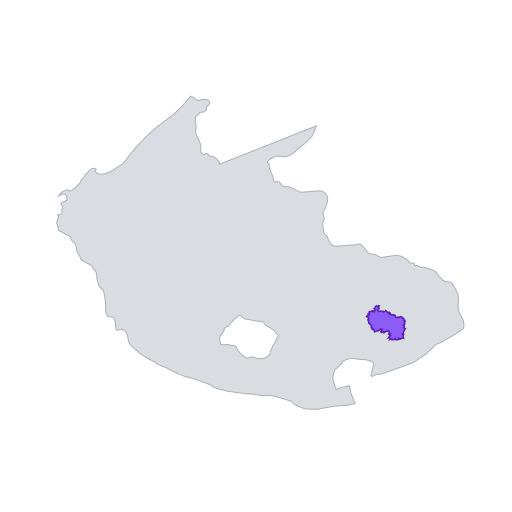 Sekhukhune, Limpopo, South Africa (highlighted), rotated 70°
{"feature_id": "47623444B21298621424908", "entity_name": "Sekhukhune", "entity_type": "district", "adm_level": 2, "iso_a3": "ZAF", "parent_name": "South Africa", "parent_adm1": "Limpopo", "projection": "equal_earth", "projection_center": [29.807, -24.813], "detail": "fine", "context": "in_parent", "style": "filled", "palette": "violet", "viewbox_px": 512, "rotation_deg": 70, "n_neighbors": 0, "source": "geoboundaries", "source_scale": "gbopen_adm2", "svg_char_len": 7662}
<svg xmlns="http://www.w3.org/2000/svg" viewBox="0 0 512 512"><g transform="rotate(70 256 256)"><path d="M349.0,81.0L360.5,79.1L365.6,80.2L371.8,83.3L377.6,84.4L387.4,83.3L390.8,83.8L393.4,84.8L395.4,86.5L398.2,98.6L400.5,111.7L400.5,115.9L400.8,117.5L403.5,123.0L404.6,126.5L406.2,129.3L409.6,143.1L410.0,145.5L409.8,178.9L408.4,182.9L409.0,188.1L407.4,188.8L397.7,182.2L396.0,182.4L393.3,184.9L390.7,188.8L389.6,192.1L384.7,201.1L384.3,206.7L384.7,211.6L386.3,211.8L387.5,215.3L390.1,220.8L394.5,224.4L398.6,226.0L404.4,226.4L409.0,226.3L408.7,222.6L409.8,212.5L417.4,213.7L428.6,213.4L427.8,219.9L423.6,234.8L420.9,251.4L417.5,259.8L415.6,263.3L410.1,269.4L407.2,271.4L404.9,272.1L395.5,284.4L392.0,290.3L388.9,299.0L385.9,303.7L381.4,313.8L373.6,328.6L367.0,338.3L364.1,341.1L362.1,342.4L356.9,348.1L349.6,357.1L344.0,365.1L335.6,374.1L330.8,378.1L323.6,385.9L321.6,387.0L313.5,394.2L307.6,398.6L298.2,403.7L294.4,405.1L285.4,403.8L281.7,404.5L278.6,407.5L278.4,411.9L277.1,412.6L268.8,410.6L265.3,410.9L263.4,413.3L261.9,416.2L257.1,416.4L248.6,413.3L238.7,411.4L236.4,411.2L231.6,413.5L229.9,413.8L222.9,413.3L219.0,411.9L215.3,411.9L212.5,413.1L209.0,413.5L200.0,421.7L195.2,421.7L191.0,422.7L183.7,421.6L181.5,422.1L179.3,423.6L174.4,424.2L172.5,425.4L164.3,432.9L160.8,432.1L156.4,432.0L151.3,428.0L149.4,428.3L149.9,427.1L149.9,425.0L148.1,422.8L146.2,422.9L145.0,421.1L142.1,421.0L139.6,421.5L138.8,414.6L137.7,413.9L134.7,413.7L133.2,414.0L132.5,414.6L131.8,416.2L132.0,421.0L130.9,419.6L129.6,416.7L129.1,413.6L129.4,410.0L131.6,408.6L130.7,404.0L126.8,395.9L124.6,394.2L122.7,390.1L121.0,388.6L120.1,385.7L118.4,383.4L117.7,379.7L118.5,377.6L119.9,376.4L121.4,378.3L123.2,377.5L125.7,374.9L127.0,370.9L126.9,364.4L126.3,360.4L123.8,349.9L122.7,347.5L117.7,340.0L111.9,330.0L104.3,314.1L100.6,304.5L94.8,285.1L89.9,274.1L84.1,263.8L83.4,263.1L84.1,261.9L86.9,259.5L88.2,258.9L89.0,259.2L89.6,258.5L90.2,256.9L90.5,253.2L91.8,249.4L92.9,247.8L95.5,246.7L97.5,248.1L98.3,249.5L98.8,251.4L99.7,252.3L101.0,252.2L102.1,253.4L102.7,255.7L102.7,257.4L101.9,258.5L102.1,259.9L103.2,261.6L104.4,265.4L109.8,267.4L112.8,267.6L115.6,268.6L118.3,270.3L122.7,270.7L128.8,269.8L133.8,270.2L137.7,271.8L140.6,272.1L142.3,271.1L143.0,269.6L142.7,267.6L143.6,266.4L145.5,265.9L147.1,264.4L148.2,261.9L150.9,260.0L155.2,258.4L157.3,258.5L154.3,154.5L162.2,161.8L164.1,165.1L168.2,174.9L172.4,187.0L173.2,192.8L173.0,194.0L169.3,201.9L169.2,205.8L169.8,210.4L170.8,212.6L172.0,213.4L174.7,212.3L179.0,213.5L187.1,212.9L191.1,213.5L192.2,213.2L193.0,212.2L194.0,209.5L195.0,208.6L198.7,207.4L200.4,205.8L202.9,200.4L210.8,193.1L211.7,191.4L216.4,174.0L217.9,171.5L220.1,169.8L224.5,168.5L227.1,169.2L230.0,170.7L233.2,173.3L238.0,178.0L239.6,178.7L244.4,178.9L247.3,182.0L256.2,184.2L258.8,184.1L261.5,182.4L266.1,182.4L271.0,181.2L273.9,178.2L279.4,159.1L280.0,154.9L280.6,153.7L285.2,151.5L290.9,149.9L292.1,149.0L295.5,143.7L300.1,139.2L303.3,123.9L305.4,120.3L306.6,118.7L307.5,118.7L308.7,117.7L310.2,115.9L312.0,114.7L314.2,114.3L315.5,113.0L316.2,110.9L317.2,109.9L318.8,110.0L319.7,109.3L319.9,108.0L323.4,104.6L323.4,103.3L325.4,100.0L329.3,94.9L333.0,92.0L336.4,91.4L342.8,88.7L345.1,86.3L346.5,82.9L349.0,81.0ZM339.1,305.3L344.7,302.8L348.8,299.5L349.7,293.4L352.9,289.7L354.0,286.2L354.9,281.4L353.0,276.4L350.4,274.9L345.7,270.5L343.7,267.6L340.8,265.1L338.8,262.1L335.6,263.1L330.6,265.5L327.5,267.7L324.9,270.3L320.2,272.2L315.9,280.4L314.5,282.3L311.1,288.3L306.1,291.3L306.1,292.4L307.7,297.3L310.1,302.1L312.5,306.1L312.4,308.6L313.2,310.5L315.4,311.8L319.1,316.8L320.9,318.4L326.4,319.5L327.2,319.2L328.7,316.3L328.9,314.2L332.5,307.8L334.1,305.8L339.1,305.3Z" fill="#d9dde1" stroke="#a8b0b8" stroke-width="1"/><path d="M354.9,149.7L354.4,150.0L354.8,151.2L354.3,151.3L352.9,152.1L351.7,152.7L352.2,153.6L352.2,154.6L352.3,155.0L352.1,155.2L352.0,155.6L351.3,155.6L351.0,156.7L350.7,157.9L350.1,158.2L350.2,158.5L350.3,159.2L350.1,159.5L349.8,159.6L348.2,160.4L347.9,159.2L347.6,158.4L346.3,158.4L346.2,158.2L345.6,158.5L345.1,157.3L344.6,157.8L344.8,158.1L345.1,158.7L345.2,159.0L344.1,159.6L344.5,160.8L344.4,160.8L344.5,161.1L345.0,160.9L345.3,161.4L345.4,161.9L345.5,162.1L345.8,162.9L346.8,162.5L347.9,162.8L348.2,163.4L348.3,163.5L348.2,163.7L348.3,163.9L348.5,163.8L349.1,164.1L348.3,164.8L348.3,165.1L347.3,164.9L347.4,166.7L347.1,168.1L347.3,168.3L347.2,168.4L347.2,168.8L347.5,168.9L348.0,169.1L348.2,169.3L348.3,169.2L348.5,170.1L348.9,169.8L350.0,169.6L350.1,169.8L350.1,170.0L349.9,171.0L349.4,171.9L349.2,172.0L350.6,171.5L350.8,172.7L351.5,172.4L351.8,171.8L352.0,171.6L353.3,171.7L353.7,171.5L353.9,172.4L354.9,172.7L356.1,172.5L357.5,173.0L357.5,172.4L358.9,172.2L359.5,172.3L360.7,171.5L361.9,171.9L362.5,172.2L362.8,172.3L363.3,171.2L363.8,171.2L364.0,171.2L364.0,171.3L364.2,171.6L364.2,171.8L364.3,171.9L365.3,171.3L365.3,170.6L366.4,170.3L367.8,170.6L367.7,168.9L367.9,168.0L368.0,167.5L367.9,167.5L367.8,165.0L367.2,163.5L368.3,163.3L368.3,162.7L368.9,163.3L369.6,164.0L369.6,164.5L370.3,164.4L370.8,164.4L370.8,163.5L370.8,161.8L371.1,161.7L371.9,162.0L371.9,161.8L371.5,160.9L371.5,160.6L371.3,160.6L371.3,160.1L371.5,158.7L371.8,156.8L374.0,157.1L374.2,157.5L374.3,157.6L374.3,157.4L375.2,157.6L375.2,156.6L376.1,157.2L376.1,156.9L376.0,157.0L376.0,156.9L376.0,156.7L376.7,156.8L377.0,157.0L377.3,158.4L378.2,159.6L378.2,158.9L378.3,158.8L378.2,158.8L378.3,158.5L379.7,158.0L380.1,158.5L380.0,157.7L380.6,157.3L380.9,156.5L381.2,156.7L381.7,155.5L381.8,154.5L381.2,154.0L381.3,153.3L382.1,153.4L382.3,153.3L383.0,152.5L382.8,151.4L382.2,150.2L382.6,149.1L383.3,149.8L383.3,148.0L383.3,146.6L383.9,145.5L383.2,145.3L382.7,145.2L381.4,145.2L380.9,144.7L380.9,144.9L380.8,145.0L380.6,145.0L380.4,145.0L380.3,144.9L380.1,144.9L379.9,145.1L379.7,145.1L379.7,144.9L379.6,144.6L379.5,144.8L379.4,145.0L379.2,145.1L379.1,144.9L378.7,144.0L378.3,143.7L377.7,143.0L377.0,142.5L376.4,141.9L375.5,140.5L374.6,141.2L373.9,141.4L373.7,141.5L373.6,141.4L373.6,141.5L373.4,141.3L373.4,141.2L373.2,141.1L373.1,140.9L372.9,140.7L372.7,140.5L372.4,140.5L372.2,140.6L371.9,140.7L371.7,140.9L371.6,141.0L371.4,141.0L371.4,140.9L371.2,140.9L370.9,140.7L370.8,140.4L370.9,140.2L370.8,139.9L370.8,139.7L370.7,139.5L370.7,139.4L370.3,139.4L369.9,139.4L369.7,139.2L369.4,139.1L369.2,139.2L368.9,138.8L368.7,138.6L368.7,138.4L368.5,138.2L368.4,138.3L368.2,138.2L367.9,138.2L367.8,138.3L367.6,138.4L367.3,138.3L367.2,138.8L366.9,138.6L366.7,138.6L366.5,138.8L366.4,138.8L366.2,138.8L365.7,138.8L365.6,138.7L365.3,138.8L365.2,138.8L365.2,138.7L365.0,138.8L365.1,139.0L365.0,139.4L365.0,139.5L364.9,139.5L364.5,139.6L364.1,139.6L363.9,139.6L363.7,139.5L363.5,139.8L363.4,140.0L363.2,140.0L362.8,140.2L362.7,140.2L362.6,140.3L362.6,140.5L362.5,140.8L362.4,141.0L362.5,141.2L362.5,141.3L362.5,141.6L362.4,141.7L362.3,141.8L362.4,142.1L362.4,142.3L362.5,142.4L362.7,142.5L362.4,142.9L362.2,143.2L362.1,143.3L362.1,143.6L362.2,143.9L362.1,144.1L362.1,144.3L362.1,144.5L361.9,144.5L361.9,144.9L361.9,145.0L361.7,145.2L361.7,145.3L361.8,145.4L361.7,145.5L361.4,145.6L361.2,145.7L361.1,145.8L361.0,145.7L360.9,145.7L360.7,145.6L360.4,145.8L360.3,146.1L360.2,146.1L360.0,145.9L359.9,146.0L359.7,146.0L359.6,145.9L359.6,145.7L359.4,145.5L359.2,145.6L358.9,146.0L358.8,146.3L358.7,146.5L358.4,146.8L358.5,147.1L358.4,147.3L358.2,147.4L358.0,147.5L358.2,147.9L358.1,148.1L357.9,148.2L357.9,148.3L357.7,148.4L357.7,148.5L357.5,148.8L357.4,148.8L357.3,149.0L357.2,149.0L357.0,149.3L356.9,149.5L356.7,149.6L356.6,149.8L356.5,150.0L356.4,150.1L356.5,150.4L356.4,150.5L356.0,150.4L355.6,149.5L354.9,149.7Z" fill="#8b5cf6" stroke="#5b21b6" stroke-width="1.5"/></g></svg>